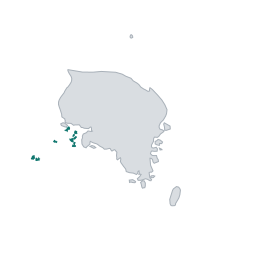 Ongjin-gun, Gyeonggi, South Korea (highlighted), rotated 304°
{"feature_id": "91817680B43125449030549", "entity_name": "Ongjin-gun", "entity_type": "district", "adm_level": 2, "iso_a3": "KOR", "parent_name": "South Korea", "parent_adm1": "Gyeonggi", "projection": "robinson", "projection_center": [125.875, 37.5], "detail": "fine", "context": "in_parent", "style": "filled", "palette": "teal", "viewbox_px": 256, "rotation_deg": 304, "n_neighbors": 0, "source": "geoboundaries", "source_scale": "gbopen_adm2", "svg_char_len": 6627}
<svg xmlns="http://www.w3.org/2000/svg" viewBox="0 0 256 256"><g transform="rotate(304 128 128)"><path d="M99.4,71.1L100.2,70.6L100.2,69.7L100.2,67.0L102.4,65.2L105.5,61.3L107.0,59.2L108.7,57.2L110.7,55.9L112.7,55.3L115.8,55.0L121.8,55.3L123.0,55.0L127.1,54.8L128.1,55.2L131.1,55.4L134.5,55.2L136.1,54.6L137.7,53.6L139.0,51.9L140.4,48.6L141.9,46.1L142.8,45.6L149.0,59.2L154.9,68.0L160.0,74.3L167.3,86.6L169.4,93.1L169.7,97.2L170.9,102.7L170.0,105.9L170.3,111.0L169.9,113.5L169.1,115.5L169.1,119.1L169.4,121.1L169.5,123.7L170.0,124.7L170.9,125.1L172.2,124.1L173.7,123.7L173.5,126.8L171.7,134.7L170.1,140.5L167.9,145.5L165.0,150.1L161.5,151.9L159.1,152.5L154.4,152.8L150.5,152.0L147.2,152.6L145.9,153.5L144.9,155.1L145.7,157.7L145.6,159.6L144.1,159.4L141.3,158.3L138.2,158.2L136.7,157.6L135.2,155.0L133.7,155.1L131.1,156.6L127.1,157.0L125.6,157.9L125.1,159.0L125.7,160.4L127.8,162.2L127.1,164.1L125.0,165.1L123.3,162.7L122.2,160.5L121.0,160.4L119.2,161.0L118.8,163.4L119.7,165.1L121.1,167.0L119.2,169.2L118.6,170.8L117.2,172.0L113.4,169.4L113.9,167.7L115.6,165.9L115.8,164.1L115.2,163.1L109.7,167.6L106.4,172.7L104.6,172.3L103.8,171.0L102.7,170.5L99.1,173.8L98.4,176.4L97.1,176.5L96.5,175.4L96.4,173.0L95.8,171.0L92.0,168.1L90.3,165.6L91.2,164.1L94.4,164.9L96.9,164.8L96.4,163.6L95.6,163.0L97.2,162.4L98.6,161.0L97.5,160.6L95.7,161.4L94.2,161.0L93.6,157.7L91.8,154.2L90.9,150.9L92.7,149.0L93.6,146.1L95.2,141.8L96.0,140.4L98.3,139.4L99.1,138.3L97.8,137.7L95.8,137.2L95.9,136.0L97.2,135.3L98.7,133.9L101.7,132.3L102.6,129.1L101.7,128.4L99.9,127.6L100.3,126.0L101.0,124.8L100.8,124.1L98.6,122.1L97.2,120.2L97.6,118.1L97.2,114.9L97.4,112.2L97.3,110.8L96.3,107.5L95.8,104.2L94.4,104.7L93.3,105.5L89.3,104.3L88.1,104.3L87.6,101.8L89.0,98.8L92.4,96.2L94.3,95.8L95.8,94.7L98.0,94.3L100.8,96.1L103.2,96.5L104.6,99.6L105.5,100.2L105.6,99.1L107.6,97.7L108.1,96.7L107.6,96.2L105.4,95.6L103.3,91.8L103.0,90.1L102.3,89.0L103.4,85.9L101.0,82.4L99.8,81.3L100.0,78.2L98.7,76.1L98.0,75.0L97.6,73.1L98.0,72.3L99.1,71.9L99.4,71.1ZM91.9,209.7L90.8,210.4L89.7,210.0L89.4,209.7L88.1,207.9L87.8,207.0L88.7,205.3L92.2,202.5L101.3,199.8L102.9,199.7L106.5,200.9L107.3,203.0L106.7,204.9L105.8,206.2L101.7,208.3L98.4,209.3L91.9,209.7ZM153.1,161.8L150.8,163.6L147.5,161.1L146.7,159.7L149.2,157.7L151.2,155.4L152.6,155.2L153.1,161.8ZM136.0,161.5L135.7,164.5L133.9,164.7L132.8,162.7L131.7,163.7L131.1,163.7L130.2,161.3L130.0,159.4L132.1,158.0L133.4,158.9L135.3,159.3L136.0,161.5ZM89.5,174.8L87.9,175.3L87.0,174.2L86.3,173.9L86.7,172.6L89.3,169.9L89.8,168.9L92.3,169.5L93.2,170.9L92.1,173.1L89.5,174.8ZM96.6,72.5L96.4,76.5L95.1,76.4L94.1,76.0L93.7,75.2L92.8,71.4L93.8,69.9L95.9,71.1L96.6,72.5ZM87.9,163.8L87.6,164.5L86.5,164.3L85.3,162.2L84.9,160.6L83.7,159.7L85.5,158.2L87.8,160.8L87.9,163.8ZM94.0,110.3L93.7,112.3L92.0,111.0L91.5,106.7L93.3,107.9L94.0,110.3ZM206.8,80.4L205.7,81.3L204.3,80.4L204.2,79.4L204.9,78.6L206.5,78.1L207.3,78.8L206.8,80.4ZM102.7,175.6L103.1,177.1L101.1,176.8L100.0,175.4L100.1,174.2L101.3,174.0L102.7,175.6ZM129.2,167.3L129.0,168.3L127.7,166.9L128.9,165.3L129.2,167.3Z" fill="#d9dde1" stroke="#a8b0b8" stroke-width="1"/><path d="M51.8,65.5L51.8,65.2L51.7,65.1L51.3,65.0L51.0,65.0L50.8,65.1L50.4,65.1L49.5,65.4L49.4,65.4L49.1,65.2L48.8,65.2L48.7,65.3L48.8,65.7L49.1,65.9L49.2,66.3L49.4,66.8L49.8,66.8L50.4,66.9L50.5,66.9L50.6,67.0L50.8,67.1L50.9,66.9L51.0,66.6L51.0,66.4L50.9,66.3L50.6,66.3L50.7,66.2L51.0,66.1L51.3,66.2L51.5,66.0L51.6,65.9L51.8,66.0L51.9,65.9L51.8,65.7L52.0,65.8L52.1,65.7L51.9,65.6L51.8,65.5ZM95.3,86.3L95.3,86.2L94.9,86.3L94.7,86.5L94.4,86.6L94.4,86.8L94.3,87.0L94.4,87.8L94.5,87.8L94.6,87.6L94.9,87.6L95.0,87.7L94.9,87.8L95.0,88.1L95.2,87.9L95.3,87.8L95.3,87.6L95.6,87.5L95.6,87.4L95.5,87.2L95.8,87.1L96.0,87.1L95.9,86.8L96.0,86.4L95.9,86.3L95.3,86.3ZM86.3,86.8L86.2,86.6L86.0,87.0L85.9,87.0L85.8,87.4L85.9,87.7L85.7,88.1L85.8,88.1L86.0,87.9L86.1,88.0L86.3,88.1L86.4,88.3L86.5,88.5L86.6,88.4L87.1,88.4L87.1,88.2L87.4,88.1L87.5,88.0L87.6,87.9L87.4,87.6L87.1,87.6L86.9,87.4L86.6,87.3L86.5,87.1L86.4,87.1L86.3,86.8ZM51.1,69.2L51.0,69.3L50.7,69.5L50.5,69.9L50.3,70.0L50.1,69.9L50.1,70.0L50.3,70.2L50.5,70.1L50.6,70.3L50.4,70.5L50.5,70.6L50.6,70.4L50.8,70.3L51.0,70.4L51.4,70.2L51.4,69.9L51.3,69.6L51.5,69.4L51.5,69.2L51.1,69.2ZM91.4,87.0L90.7,86.8L90.7,86.6L90.6,86.9L90.6,87.0L90.9,87.2L91.2,87.3L91.4,87.4L91.6,87.4L91.9,87.3L92.1,87.2L92.3,87.0L92.0,86.9L91.9,87.1L91.6,87.0L91.4,87.0ZM95.3,78.8L95.4,78.6L95.2,78.6L95.1,78.4L95.0,78.5L94.9,78.6L94.4,78.9L94.3,79.1L94.5,79.2L94.5,79.3L94.7,79.1L95.1,79.2L95.1,79.4L95.3,79.3L95.2,79.3L95.3,79.0L95.2,79.0L95.2,78.9L95.3,78.9L95.3,78.8ZM91.7,78.1L91.4,78.0L91.3,77.9L91.3,78.0L91.5,78.2L91.6,78.4L91.8,78.5L91.7,79.0L91.9,78.9L92.0,78.7L92.0,78.8L92.3,78.8L92.5,78.8L93.1,78.9L93.1,78.5L92.7,78.7L92.4,78.6L92.1,78.5L92.0,78.1L91.8,78.2L91.7,78.1ZM76.1,74.2L76.0,74.3L75.9,74.3L75.7,74.3L75.5,74.2L75.4,74.2L75.4,74.4L75.5,74.4L75.6,74.7L75.6,74.8L75.6,75.1L75.8,75.1L76.1,74.8L76.2,74.7L76.3,74.5L76.4,74.4L76.4,74.2L76.2,74.2L76.1,74.2ZM85.7,91.7L85.4,91.7L85.2,91.7L85.1,91.9L85.0,92.0L85.2,91.9L85.3,91.9L85.4,92.0L85.2,92.0L85.2,92.3L85.3,92.3L85.5,92.2L85.8,92.0L85.8,91.9L85.7,91.8L85.7,91.7ZM86.2,89.4L85.9,89.2L85.8,89.3L85.7,89.4L85.7,89.5L85.9,89.8L86.2,89.8L86.3,89.7L86.2,89.6L86.3,89.5L86.4,89.3L86.2,89.4L86.2,89.4ZM90.2,89.5L90.1,89.4L89.9,89.4L89.9,89.5L89.7,89.5L89.9,89.7L90.3,89.8L90.5,90.1L90.4,89.9L90.4,89.7L90.2,89.5ZM52.6,71.4L52.7,71.2L52.4,71.3L52.2,71.3L51.9,71.5L51.7,71.7L51.7,71.8L51.9,71.7L52.0,71.6L52.3,71.5L52.6,71.6L52.6,71.4ZM88.1,88.5L88.0,88.3L87.9,88.2L87.7,88.0L87.6,88.3L87.6,88.5L87.8,88.5L88.0,88.4L88.0,88.5L88.1,89.0L88.1,88.9L88.2,88.6L88.3,88.6L88.1,88.5ZM91.1,89.6L90.9,89.6L91.0,89.8L90.9,89.9L91.0,89.9L91.2,90.0L91.4,90.1L91.5,90.0L91.4,89.7L91.2,89.7L91.1,89.6ZM94.4,78.4L94.2,78.2L94.2,78.3L94.1,78.5L94.0,78.8L94.0,79.0L93.9,79.0L94.2,79.0L94.2,78.9L94.3,78.8L94.4,78.4L94.6,78.3L94.4,78.3L94.4,78.4ZM83.4,93.8L83.2,93.7L83.0,93.8L83.1,94.0L83.4,94.1L83.3,94.3L83.5,94.4L83.7,94.2L83.9,94.1L84.0,94.0L83.9,94.1L83.6,94.2L83.4,94.1L83.4,93.8L83.4,93.8ZM82.3,92.1L82.2,92.1L82.3,92.1L82.2,92.2L82.2,92.3L82.1,92.6L82.2,92.8L82.3,92.8L82.2,92.6L82.3,92.6L82.3,92.4L82.5,92.3L82.6,92.2L82.4,92.1L82.3,92.1ZM89.0,89.3L89.0,89.2L88.9,89.2L88.9,89.3L89.0,89.3L89.2,89.5L89.4,89.4L89.4,89.5L89.5,89.5L89.5,89.4L89.8,89.3L89.5,89.2L89.2,89.2L89.2,89.3L89.0,89.3ZM76.5,76.2L76.4,76.2L76.2,76.3L76.2,76.5L76.3,76.5L76.5,76.5L76.5,76.4L76.5,76.2ZM93.7,78.9L93.9,78.8L93.9,78.6L93.6,78.6L93.7,78.9ZM83.8,92.9L84.0,92.8L84.0,92.7L83.9,92.5L83.9,92.8L83.8,92.9Z" fill="#14b8a6" stroke="#0f766e" stroke-width="1.5"/></g></svg>